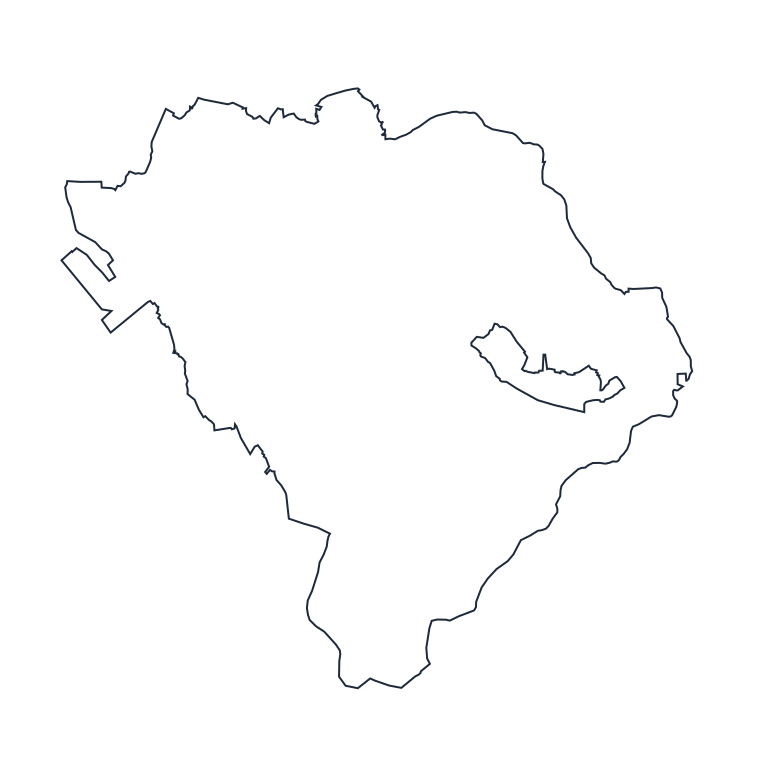 the district of Tusnad, Harghita, Romania, rotated 264°
{"feature_id": "2599482B98397413805718", "entity_name": "Tusnad", "entity_type": "district", "adm_level": 2, "iso_a3": "ROU", "parent_name": "Romania", "parent_adm1": "Harghita", "projection": "equal_earth", "projection_center": [25.878, 46.177], "detail": "fine", "context": "isolated", "style": "outline", "palette": "slate", "viewbox_px": 768, "rotation_deg": 264, "n_neighbors": 0, "source": "geoboundaries", "source_scale": "gbopen_adm2", "svg_char_len": 6143}
<svg xmlns="http://www.w3.org/2000/svg" viewBox="0 0 768 768"><g transform="rotate(264 384 384)"><path d="M450.1,668.8L451.6,664.6L451.4,660.7L452.4,642.3L453.3,637.2L450.2,636.9L450.3,634.1L448.4,632.5L452.6,629.3L454.6,624.1L455.4,623.2L458.6,620.8L461.8,619.6L465.4,615.9L469.0,614.6L471.4,611.4L477.8,605.1L482.4,602.7L487.7,602.8L492.7,600.6L509.4,590.4L520.2,585.7L529.6,583.3L542.5,584.0L548.7,582.6L553.3,579.7L557.6,574.4L560.1,572.4L566.2,563.7L567.0,563.3L571.8,563.0L579.2,563.8L584.3,565.3L588.1,567.3L588.1,565.1L595.9,566.6L599.1,566.4L601.3,566.1L604.8,563.4L606.1,561.6L606.7,558.0L608.6,554.3L608.6,549.1L609.1,547.4L617.4,541.4L620.0,538.0L626.0,518.5L630.8,511.2L635.8,509.3L643.1,504.1L644.5,501.7L644.6,497.4L645.9,493.4L646.0,487.8L647.2,484.7L647.4,480.6L645.3,464.5L643.1,457.8L636.0,445.5L633.5,439.0L631.8,437.1L629.6,432.0L628.1,425.8L626.2,420.6L627.4,415.6L627.3,411.0L631.8,411.4L631.6,408.5L632.1,408.2L633.7,411.0L636.1,411.7L637.0,411.5L637.2,409.5L641.4,408.0L642.1,408.8L643.4,408.7L644.9,410.7L644.3,408.7L645.7,406.6L649.9,405.3L652.0,405.5L657.1,407.9L657.8,406.8L662.0,406.7L661.2,404.5L659.7,403.5L666.2,400.7L671.7,392.8L671.9,393.3L678.0,388.7L679.4,390.3L680.7,388.8L680.7,384.7L679.9,376.4L678.1,366.3L676.4,357.7L673.2,351.0L669.3,347.6L668.2,345.6L666.1,350.7L663.3,348.5L664.8,345.4L659.8,345.0L659.9,344.3L658.1,344.1L657.1,344.2L657.5,345.6L654.2,345.5L652.0,346.2L650.0,342.1L652.8,334.5L653.8,333.2L655.2,333.0L655.4,329.3L656.2,327.3L658.4,324.8L662.4,322.5L661.9,317.5L659.8,312.1L667.9,312.0L667.8,310.4L669.3,307.3L660.7,299.2L655.4,297.0L658.9,292.5L663.6,288.5L661.5,284.3L661.5,281.8L663.4,281.1L666.8,276.0L669.9,275.3L672.8,275.7L672.6,272.1L673.8,272.5L679.5,263.1L678.5,257.9L685.6,234.8L688.0,229.2L681.5,224.8L680.3,223.0L678.2,222.1L678.2,221.4L679.7,220.9L680.2,220.0L677.4,219.8L676.2,219.1L674.8,216.0L672.1,213.9L669.5,210.2L669.2,207.9L673.0,202.3L675.2,203.3L680.4,195.8L649.0,178.3L644.8,177.5L639.6,177.9L636.5,176.0L633.3,176.1L629.3,174.6L619.9,169.3L618.7,168.0L618.3,165.2L619.3,161.9L619.1,158.7L621.8,153.7L621.7,152.6L620.2,152.0L617.3,149.0L613.5,148.2L611.2,146.9L608.2,142.8L608.9,139.7L604.9,137.1L606.2,136.1L607.4,133.0L608.8,123.8L614.7,124.0L616.8,102.8L618.9,90.2L615.6,89.3L612.9,87.5L603.1,87.8L597.9,88.8L592.7,90.8L569.4,93.7L566.2,96.0L555.3,111.6L547.3,117.6L545.4,121.0L542.7,123.9L535.3,127.4L531.2,121.9L518.6,127.9L515.2,121.3L524.2,115.5L532.7,108.7L543.5,101.9L551.3,92.4L547.9,87.8L548.7,87.3L548.4,86.9L540.7,76.2L487.7,111.2L485.1,120.6L477.2,110.1L463.7,117.5L490.2,157.7L491.1,160.2L487.7,162.5L488.5,164.2L484.8,166.4L484.5,167.6L483.8,167.7L482.8,166.9L481.3,167.3L478.4,165.4L477.1,167.5L475.8,168.4L473.3,166.3L471.7,168.0L467.7,169.1L466.1,171.1L466.4,172.2L465.1,172.3L463.5,173.5L463.6,175.2L462.3,176.2L444.9,179.3L440.3,179.2L437.0,177.7L436.8,178.4L437.9,179.8L436.5,179.7L436.0,181.6L435.1,181.8L435.2,182.6L432.7,183.2L432.4,184.5L430.4,186.5L426.5,188.8L422.9,187.6L417.7,187.7L415.3,187.0L407.5,189.0L404.4,187.5L399.4,188.2L394.5,187.6L388.2,194.0L377.8,197.2L369.8,201.0L370.7,202.9L366.2,206.4L365.6,207.6L362.5,210.2L361.3,210.7L355.6,210.5L356.4,225.7L356.3,227.1L354.8,228.0L355.5,230.8L359.5,231.6L357.1,232.9L345.3,236.0L328.3,243.6L335.2,248.9L336.3,252.1L329.4,256.3L327.6,255.6L326.1,257.5L324.4,256.8L322.6,258.8L313.7,261.1L308.9,256.6L306.9,258.0L310.5,261.6L308.9,263.4L308.4,266.0L306.7,265.7L299.9,267.0L293.8,271.3L286.8,274.5L283.8,275.2L260.0,275.3L253.5,289.6L248.0,303.2L240.8,314.6L238.0,312.8L234.1,311.4L228.4,310.1L220.7,306.2L213.3,301.3L203.7,298.7L185.9,290.9L176.6,285.5L169.2,283.9L162.2,284.3L157.1,285.4L150.2,291.0L143.8,298.8L130.1,308.8L123.8,312.2L119.9,312.3L113.2,310.6L97.6,308.7L87.9,314.3L84.2,326.2L92.6,339.5L89.8,344.3L83.6,357.5L80.0,369.5L90.0,384.6L91.2,388.0L92.8,390.1L94.4,390.6L100.9,400.4L106.5,398.2L117.2,398.5L136.3,403.6L143.5,406.7L144.2,412.4L143.1,421.0L141.8,424.7L145.3,434.4L149.4,449.9L152.4,452.1L157.7,452.9L171.4,459.8L179.6,466.8L188.2,476.6L194.9,488.5L200.9,494.8L214.4,503.8L217.9,513.3L221.9,521.6L222.2,526.1L223.3,530.1L225.8,533.0L232.1,537.4L238.2,542.9L241.6,543.4L246.3,542.5L253.9,547.5L260.0,548.5L264.1,549.9L269.4,554.7L279.0,568.3L279.9,571.8L279.8,575.5L281.8,578.5L283.6,583.3L283.0,590.2L281.6,596.0L282.1,600.2L283.1,603.5L282.5,606.8L282.7,608.1L283.8,609.7L286.9,611.8L289.0,614.6L293.6,618.9L299.8,622.1L311.5,624.8L315.5,627.0L317.4,633.4L323.7,646.6L324.3,654.2L321.7,663.7L321.7,665.5L322.7,667.2L330.9,672.4L335.5,673.7L336.8,673.6L339.0,671.6L342.7,670.4L346.7,670.8L347.9,672.0L347.0,674.3L347.0,675.5L350.3,681.0L353.1,676.0L363.3,677.0L362.8,685.2L354.9,684.9L356.2,685.6L357.0,687.3L361.8,689.4L364.5,691.8L369.6,691.0L375.7,691.6L379.0,690.8L383.1,688.2L394.7,683.3L398.8,682.7L411.4,677.8L418.8,672.3L420.0,672.3L421.2,673.5L431.2,672.9L440.6,669.7L445.7,670.1L450.1,668.8ZM413.1,475.0L415.9,475.2L421.2,481.2L419.5,487.7L422.7,493.1L426.2,495.0L426.5,497.2L432.4,500.3L431.5,503.0L428.4,505.4L428.6,507.9L427.1,510.7L422.7,515.2L412.2,520.4L401.3,527.6L400.5,526.6L395.6,529.4L388.2,525.6L384.4,522.8L382.2,525.0L382.3,526.3L381.1,528.1L379.1,534.8L379.6,535.1L379.3,538.9L380.9,539.6L380.7,543.2L396.5,545.7L396.3,547.4L381.7,547.8L382.0,549.9L380.4,555.2L378.3,555.1L377.7,556.0L377.1,559.7L376.4,559.8L376.2,560.7L378.1,561.5L377.6,563.2L378.0,563.4L377.1,565.3L374.5,567.7L373.3,572.4L373.6,574.6L374.8,574.4L375.4,579.2L380.8,589.6L377.5,591.4L375.3,597.0L373.4,596.1L372.4,597.8L370.6,597.1L370.0,598.9L369.2,598.3L365.6,599.8L363.0,599.9L355.1,598.5L354.9,599.9L355.8,601.4L359.2,604.3L360.8,607.1L363.7,608.4L366.6,614.4L366.7,616.3L362.0,619.7L355.0,622.7L353.1,618.4L350.2,615.1L348.6,611.1L347.7,610.8L346.1,606.4L345.5,602.6L343.3,600.8L343.8,597.4L345.3,596.9L345.9,594.4L346.0,590.3L345.1,583.2L343.2,581.1L335.1,580.2L345.3,551.0L351.8,535.3L365.4,515.8L373.3,506.1L374.2,501.1L375.8,499.6L377.0,499.7L380.1,496.4L385.9,495.0L393.9,491.6L395.0,489.9L399.2,487.3L401.3,483.2L402.7,482.8L404.4,483.5L405.5,482.3L406.7,482.1L410.2,478.8L413.1,475.0Z" fill="none" stroke="#1e293b" stroke-width="2"/></g></svg>